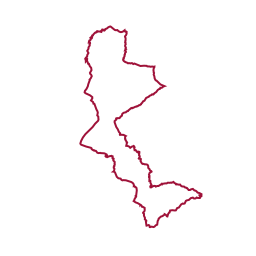 Situbondo, Jawa Timur, Indonesia, rotated 247°
{"feature_id": "22746128B65817775308435", "entity_name": "Situbondo", "entity_type": "district", "adm_level": 2, "iso_a3": "IDN", "parent_name": "Indonesia", "parent_adm1": "Jawa Timur", "projection": "robinson", "projection_center": [113.954, -7.799], "detail": "fine", "context": "isolated", "style": "outline", "palette": "rose", "viewbox_px": 256, "rotation_deg": 247, "n_neighbors": 0, "source": "geoboundaries", "source_scale": "gbopen_adm2", "svg_char_len": 5920}
<svg xmlns="http://www.w3.org/2000/svg" viewBox="0 0 256 256"><g transform="rotate(247 128 128)"><path d="M219.3,163.1L218.7,160.8L218.9,159.3L219.3,158.4L220.8,157.1L222.3,156.5L222.7,155.1L223.5,154.1L227.9,151.8L228.3,151.5L228.5,150.6L228.4,149.0L227.9,147.8L227.9,145.8L227.5,144.8L227.2,145.0L226.9,144.4L227.4,143.6L228.5,143.3L228.7,142.7L228.0,142.0L228.0,141.5L227.3,141.4L227.3,140.9L227.0,140.8L228.2,139.1L228.5,138.0L228.7,137.5L229.1,137.6L229.2,137.3L228.4,136.6L228.4,135.9L228.7,135.9L228.6,134.8L227.5,132.4L227.0,132.0L227.1,131.1L226.3,130.8L225.9,129.2L225.0,130.0L224.7,129.7L224.8,128.5L224.1,128.3L223.6,127.7L223.7,126.8L223.2,126.1L222.3,125.5L222.3,125.9L221.6,126.4L220.8,126.2L220.3,125.3L219.4,125.3L218.8,124.9L217.7,123.2L216.4,122.6L214.9,120.6L212.5,120.9L211.1,119.0L209.7,118.3L208.9,116.1L209.1,116.6L208.8,116.6L209.1,117.3L208.1,116.9L208.1,116.1L208.3,116.2L208.6,116.0L208.4,115.7L208.0,116.0L205.8,115.2L206.4,116.4L207.7,116.6L207.4,117.3L205.8,116.5L204.2,116.6L202.7,116.4L202.3,116.6L202.2,117.1L199.8,117.0L197.8,117.6L195.5,117.0L193.6,114.5L192.5,114.4L191.5,114.9L189.9,114.9L188.3,113.1L187.5,111.5L187.0,111.5L183.9,108.6L182.1,107.3L180.2,105.1L179.0,102.9L177.8,102.0L176.7,102.4L172.8,105.9L170.4,107.2L169.2,106.7L167.8,104.7L165.5,106.0L163.9,105.7L163.4,106.5L157.4,106.2L155.4,106.4L153.9,106.2L151.6,104.6L150.2,105.1L147.2,104.1L146.3,103.2L144.8,99.4L142.7,95.8L139.0,86.4L136.9,82.8L134.4,79.8L132.4,78.1L131.4,78.1L130.8,78.5L127.3,82.2L124.2,86.2L123.6,86.5L122.7,86.3L121.3,87.2L121.0,87.9L120.6,88.2L120.3,88.1L119.5,89.5L117.2,90.1L116.4,91.1L115.9,92.8L115.6,93.0L114.0,96.2L113.0,97.2L112.2,97.8L110.9,96.3L110.0,96.6L109.7,97.3L110.0,97.9L109.3,97.8L109.3,99.8L109.0,101.1L108.4,101.9L108.6,102.1L107.9,102.8L106.2,101.9L105.8,102.0L105.9,102.5L105.4,102.8L103.8,101.8L101.9,102.5L100.3,101.6L99.9,101.7L99.2,101.3L98.7,100.5L98.2,100.5L97.7,99.6L96.8,99.3L96.0,99.6L95.1,99.2L93.8,98.2L93.6,97.5L93.4,97.9L92.3,98.7L87.5,98.6L85.5,99.5L84.3,101.4L82.8,101.7L82.0,102.4L81.9,103.2L80.7,105.6L77.0,109.9L75.7,110.8L74.4,111.2L73.1,111.1L72.2,110.6L72.1,111.2L70.8,111.5L70.7,111.9L69.5,112.4L67.1,111.7L62.8,109.2L62.5,108.5L62.1,108.7L61.5,108.2L61.4,108.3L60.5,106.9L59.8,106.0L58.9,105.5L58.5,104.7L56.6,105.9L55.0,107.6L52.7,109.3L52.4,109.2L52.5,109.4L51.7,110.0L49.9,110.2L49.8,110.7L48.0,112.1L45.9,111.3L44.8,110.4L44.3,108.9L43.7,108.7L42.7,109.2L41.0,108.4L38.7,108.5L37.3,107.8L35.9,108.6L35.3,108.6L34.9,107.9L32.7,107.3L32.5,107.0L32.5,106.5L32.2,107.1L30.9,106.9L30.6,109.1L29.9,109.6L28.3,109.3L28.1,109.7L28.0,111.1L26.8,112.9L26.9,114.0L27.6,115.5L27.6,117.1L30.8,119.0L31.9,120.4L32.6,120.8L33.6,123.7L33.4,125.5L33.7,126.1L33.9,127.9L34.3,128.1L33.3,128.9L31.5,129.3L31.2,129.7L33.2,131.4L34.3,133.2L34.2,133.4L35.6,134.5L35.0,136.7L33.7,139.0L33.5,139.9L35.1,142.0L34.9,143.7L36.9,147.1L37.1,148.9L36.5,149.6L36.4,150.7L38.3,152.8L38.4,153.8L38.0,155.9L38.9,158.4L38.6,160.5L37.5,161.0L36.9,162.1L36.8,162.9L37.2,164.0L36.4,164.8L35.5,166.8L36.3,167.7L38.0,167.5L37.8,168.2L36.5,168.6L36.5,168.9L38.4,169.8L40.2,168.3L41.4,166.8L43.0,166.3L43.9,165.7L44.6,164.7L46.6,163.9L46.9,162.1L46.7,160.8L47.2,159.6L49.6,158.9L49.7,158.5L50.5,158.1L50.9,157.3L52.2,156.7L53.1,154.9L54.3,154.1L55.5,153.9L56.3,152.1L57.2,151.1L57.1,150.6L57.4,150.1L58.2,150.2L59.2,149.2L60.6,148.8L60.5,146.8L61.0,146.3L61.1,145.3L62.1,143.3L61.9,142.0L62.6,140.2L63.1,137.9L63.5,137.5L63.3,137.1L62.9,137.0L63.2,136.4L62.7,133.4L63.2,132.3L63.2,130.7L63.9,130.5L64.5,129.5L64.6,128.2L64.3,126.0L64.6,125.5L65.6,125.7L66.1,126.6L65.9,127.1L66.3,127.4L68.7,127.2L70.6,127.9L70.9,127.7L71.0,127.0L74.0,128.4L74.4,128.1L75.0,128.3L75.4,129.1L76.7,129.0L78.2,130.3L78.6,132.6L79.2,132.6L80.3,131.7L81.9,131.7L83.1,131.1L83.8,131.2L84.9,131.7L86.0,131.7L86.6,131.5L87.5,130.4L88.0,129.2L88.9,128.3L89.3,127.3L90.3,126.9L92.8,126.6L93.7,127.4L94.6,127.7L95.3,127.1L95.3,126.2L95.7,126.0L97.0,127.6L97.8,127.8L98.5,127.5L99.1,127.9L100.1,127.9L100.3,128.3L100.7,128.3L100.7,128.8L101.6,129.1L102.2,128.3L101.9,128.0L102.1,127.2L102.5,126.9L104.7,126.4L105.0,125.4L107.3,125.9L107.6,126.5L108.7,126.5L109.2,126.2L109.0,125.8L109.4,124.8L108.9,122.3L110.1,122.0L111.3,121.0L112.3,119.4L114.4,121.0L114.9,121.0L115.1,121.5L117.9,121.0L118.6,121.3L119.1,121.0L121.3,122.1L121.5,122.8L123.4,121.2L124.5,118.9L125.0,117.2L125.1,118.0L126.2,118.7L127.9,118.1L130.8,118.1L133.5,117.6L138.5,117.9L139.6,118.4L140.4,120.6L141.4,120.8L141.4,121.6L140.4,124.0L141.1,125.4L141.4,125.6L141.7,127.2L143.1,128.1L143.5,129.0L143.7,130.2L143.3,132.2L143.8,133.2L143.6,134.6L143.9,134.8L145.1,138.8L144.8,139.1L144.9,139.7L144.5,139.9L144.7,143.3L144.3,144.3L144.6,144.9L144.3,145.5L144.7,147.0L144.4,147.7L144.6,148.0L144.7,149.3L145.2,149.6L145.8,151.2L146.6,152.1L146.7,153.8L148.6,156.5L148.7,159.5L149.2,160.3L149.2,162.4L149.6,163.3L149.1,164.0L149.3,164.7L149.1,164.8L149.8,166.3L150.0,167.9L151.4,170.3L151.7,171.9L151.5,172.5L152.4,173.5L152.0,174.1L151.9,175.5L152.4,176.3L152.3,177.9L155.4,174.9L160.4,172.8L161.1,172.1L163.1,171.9L165.5,172.5L167.1,172.5L168.5,173.5L169.5,173.4L170.2,173.8L171.3,174.0L173.0,175.1L173.5,175.9L174.2,176.3L174.4,175.3L175.1,174.4L175.6,172.6L176.1,172.1L177.2,169.8L177.9,169.5L179.1,167.0L180.2,163.7L184.8,159.1L184.8,157.8L185.9,157.3L186.4,156.4L186.4,155.7L187.4,154.2L187.5,153.3L188.7,152.5L189.8,151.2L190.1,151.2L191.1,150.4L192.1,150.1L192.8,150.2L194.0,151.1L193.8,151.4L194.5,151.7L195.3,152.8L196.6,153.3L196.7,153.8L198.1,154.5L198.8,155.8L200.3,156.0L200.5,155.5L201.3,156.3L201.4,157.0L202.2,156.8L203.0,157.5L204.3,157.3L205.3,157.7L206.1,158.7L207.8,158.8L207.9,159.2L209.1,159.4L209.6,160.0L211.7,160.9L213.2,160.9L213.7,161.3L214.2,162.4L215.4,163.6L216.5,163.9L216.9,164.3L217.2,164.2L217.0,163.6L217.2,163.8L217.6,163.3L218.3,163.2L218.4,162.9L219.3,163.1Z" fill="none" stroke="#9f1239" stroke-width="2"/></g></svg>